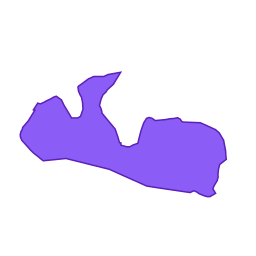 El Mahalla El Kobra 2, Al Gharbiyah, Egypt (Albers equal-area conic projection), rotated 104°
{"feature_id": "37247803B13399468350664", "entity_name": "El Mahalla El Kobra 2", "entity_type": "district", "adm_level": 2, "iso_a3": "EGY", "parent_name": "Egypt", "parent_adm1": "Al Gharbiyah", "projection": "albers", "projection_center": [31.148, 30.971], "detail": "fine", "context": "isolated", "style": "filled", "palette": "violet", "viewbox_px": 256, "rotation_deg": 104, "n_neighbors": 0, "source": "geoboundaries", "source_scale": "gbopen_adm2", "svg_char_len": 1527}
<svg xmlns="http://www.w3.org/2000/svg" viewBox="0 0 256 256"><g transform="rotate(104 128 128)"><path d="M180.3,202.3L172.6,180.8L172.6,173.4L172.6,150.0L172.6,136.2L175.4,120.6L179.8,95.8L178.9,85.6L175.6,52.1L173.1,49.1L173.1,47.6L173.6,45.4L173.9,44.6L174.6,43.1L175.4,37.1L175.4,34.1L174.7,31.8L170.2,27.2L166.4,31.0L162.6,30.3L157.4,28.7L153.6,28.7L151.3,29.5L146.1,30.2L141.2,30.2L134.6,25.0L131.1,26.4L126.5,27.8L116.7,32.3L113.0,36.0L110.7,38.2L108.4,42.7L108.0,44.9L106.7,51.7L105.4,59.2L109.0,76.4L108.3,77.9L106.8,79.4L106.0,82.4L107.5,85.4L109.0,89.9L110.5,92.9L114.2,103.4L112.7,107.2L112.7,110.2L114.2,112.4L119.4,114.0L126.9,114.7L130.7,114.8L139.0,114.8L140.5,114.8L142.0,117.1L143.5,119.3L145.0,120.8L145.7,121.6L146.5,124.6L146.4,130.6L144.2,131.3L144.2,132.8L142.7,133.6L138.9,135.8L136.6,137.3L132.1,140.2L125.9,148.7L120.0,156.7L117.0,158.1L114.7,159.6L113.2,161.1L106.4,161.1L101.9,160.3L98.2,158.0L95.9,157.3L89.2,152.8L75.7,148.6L80.9,160.2L83.9,164.0L86.1,173.0L86.8,174.5L87.6,175.2L89.8,178.2L98.1,185.0L98.8,185.8L100.3,186.5L104.1,185.0L107.1,182.8L109.4,180.6L113.9,178.4L120.7,176.2L128.2,176.9L130.4,179.2L131.9,185.2L128.1,188.9L121.4,195.6L116.8,199.4L116.3,200.8L114.5,205.3L116.0,207.6L118.3,209.9L121.3,213.6L123.5,215.9L125.8,218.9L125.7,221.6L133.3,224.2L133.3,222.7L145.3,226.5L152.8,230.3L155.1,230.3L157.3,231.0L160.3,231.0L162.6,230.3L165.6,228.1L166.4,226.9L173.2,216.9L175.4,213.1L177.0,209.4L179.2,204.9L180.3,202.3Z" fill="#8b5cf6" stroke="#5b21b6" stroke-width="1.5"/></g></svg>